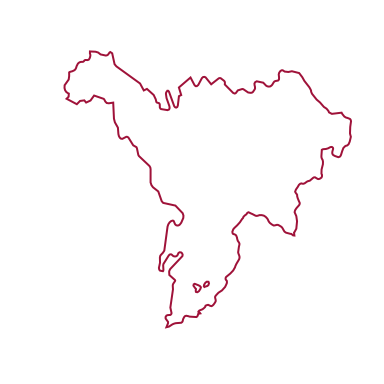 outline of Zaragoza, rotated 191°
{"feature_id": "ESP-5853", "entity_name": "Zaragoza", "entity_type": "Autonomous Community", "adm_level": 1, "iso_a3": "ESP", "parent_name": "Spain", "parent_adm1": "", "projection": "mercator", "projection_center": [-1.121, 41.843], "detail": "fine", "context": "isolated", "style": "outline", "palette": "rose", "viewbox_px": 384, "rotation_deg": 191, "n_neighbors": 0, "source": "natural_earth", "source_scale": "10m", "svg_char_len": 5985}
<svg xmlns="http://www.w3.org/2000/svg" viewBox="0 0 384 384"><g transform="rotate(191 192 192)"><path d="M171.8,69.4L174.1,69.4L175.3,68.7L175.8,67.8L176.4,65.8L176.5,64.7L176.5,63.6L176.8,62.5L177.6,61.6L183.0,60.1L184.4,59.4L185.9,58.4L188.9,55.5L191.3,54.4L190.5,58.6L190.7,59.9L193.7,62.7L194.1,64.2L193.5,65.8L192.4,66.5L189.8,67.2L189.3,67.8L189.0,68.5L189.0,69.3L191.2,74.4L192.1,92.8L193.0,96.3L193.1,97.3L192.9,98.4L191.7,101.2L191.6,101.8L192.0,102.4L198.4,106.2L199.2,109.3L199.2,110.4L198.7,112.2L189.2,127.2L189.2,128.6L190.0,129.9L191.2,130.6L192.6,130.5L193.6,129.6L194.3,126.9L195.1,126.0L196.2,125.5L197.3,125.4L198.3,125.6L199.9,126.6L200.6,126.8L201.6,126.6L202.2,126.0L202.7,125.3L206.3,115.9L206.3,114.5L205.2,110.1L205.2,109.1L205.4,108.7L208.3,108.7L208.8,109.0L209.4,109.7L210.0,111.2L209.9,116.5L211.0,121.5L211.0,123.2L210.6,124.2L208.9,126.9L208.0,129.2L209.4,153.4L209.1,155.7L208.2,157.9L206.9,159.5L205.3,160.3L204.4,160.0L202.6,157.3L201.9,156.7L201.0,156.3L200.0,156.3L199.2,156.5L198.4,157.0L197.7,157.8L196.7,159.8L195.6,164.8L195.9,167.2L197.1,169.4L205.7,175.5L218.2,175.8L220.0,177.2L225.2,186.1L231.2,189.2L233.1,191.0L234.5,193.5L237.0,206.5L237.6,208.1L238.7,209.4L251.0,217.2L251.8,218.2L254.4,224.4L255.1,225.4L258.6,226.6L264.9,233.4L266.3,233.8L267.1,233.6L270.5,230.9L271.9,230.8L273.2,231.5L274.4,232.9L275.3,234.8L277.0,241.0L281.0,245.7L282.6,249.1L286.4,264.7L290.6,263.2L292.7,263.1L294.4,264.3L295.8,266.1L296.5,266.6L306.5,268.0L309.1,262.4L313.0,259.6L315.2,261.4L319.3,260.0L321.8,256.2L332.9,259.6L331.3,262.0L331.7,265.1L332.6,265.3L334.5,266.2L336.0,267.7L337.0,269.8L337.4,272.5L334.5,278.9L334.7,282.4L335.4,285.9L335.2,286.3L334.0,287.0L332.7,287.6L331.0,288.8L330.1,289.8L329.6,291.0L329.4,292.1L329.3,293.4L328.5,296.2L327.8,297.2L326.9,298.0L325.9,298.5L323.8,299.0L323.1,299.7L322.7,300.6L322.0,301.2L321.0,301.4L319.9,301.5L318.7,302.1L318.2,303.1L317.9,304.2L317.8,305.4L317.8,306.5L318.1,307.6L318.6,308.4L319.0,310.5L313.4,311.3L310.7,311.0L308.0,309.6L302.6,309.5L301.5,310.0L301.0,310.4L300.6,310.9L299.5,313.3L298.9,313.8L296.8,312.9L292.4,302.7L290.2,300.9L263.7,288.6L258.7,282.5L255.9,284.6L248.1,279.9L245.3,276.1L244.2,273.6L243.5,273.1L241.3,272.9L240.7,272.4L240.3,271.6L239.7,268.8L239.0,267.9L238.2,267.5L231.6,267.7L230.2,268.7L230.0,270.2L230.6,272.0L234.9,279.3L236.3,283.3L236.4,284.2L236.2,285.2L235.5,286.7L234.6,286.8L233.7,286.0L225.8,272.8L224.8,272.0L223.7,271.8L222.7,272.6L222.4,274.2L223.1,283.6L221.1,285.1L224.8,292.1L215.3,304.1L210.0,297.5L208.7,296.6L207.5,296.8L206.3,298.2L204.0,305.7L203.0,307.0L201.6,307.4L200.5,307.1L193.7,301.4L187.4,308.7L186.6,309.1L185.6,309.2L181.6,307.2L180.9,306.5L180.5,305.4L180.3,303.8L170.5,297.1L168.9,296.8L168.3,297.1L167.8,297.6L166.4,300.5L162.3,302.7L161.2,302.7L155.9,300.4L153.5,300.5L152.2,300.9L151.3,301.8L150.0,304.8L149.9,305.9L150.3,307.4L151.0,308.9L151.4,310.4L150.9,311.9L149.6,313.0L142.9,312.9L139.5,310.5L138.2,310.1L136.9,310.1L135.5,310.5L134.4,311.5L133.7,312.6L132.8,315.1L132.2,316.2L131.4,316.8L128.8,317.8L128.1,319.0L128.3,320.7L129.3,324.0L129.2,325.6L128.5,327.3L127.4,328.5L126.2,328.8L124.0,327.9L120.3,328.2L117.0,329.6L109.5,329.2L105.6,325.7L102.9,322.5L96.8,317.2L95.2,315.3L94.5,314.3L94.2,313.2L93.6,312.3L92.9,311.3L87.3,306.5L83.4,304.3L78.8,300.7L75.9,299.5L74.5,298.4L73.4,297.4L72.7,296.3L69.6,295.4L60.3,298.4L59.3,297.2L56.8,295.1L54.8,294.4L53.7,294.4L51.6,294.0L50.6,293.7L49.9,292.9L49.4,291.8L49.1,286.1L48.2,280.4L48.0,279.4L46.6,276.5L46.8,271.5L47.4,268.8L48.2,267.7L48.8,267.1L49.6,266.8L50.4,266.2L51.8,264.1L52.4,260.6L52.8,256.9L53.1,255.8L53.7,254.8L55.0,254.1L58.5,254.6L60.4,255.2L61.2,255.9L61.7,256.8L61.9,257.9L61.9,259.0L61.7,261.3L62.1,262.3L62.9,262.8L63.9,262.8L64.8,262.4L66.8,260.8L68.7,259.8L70.9,259.2L71.9,258.8L72.6,258.2L71.8,251.8L71.4,250.4L70.7,249.3L69.9,248.4L69.2,246.7L68.8,244.2L69.1,238.8L68.4,234.6L67.8,233.9L67.5,232.9L67.4,231.9L67.7,230.8L69.2,229.3L70.4,228.8L71.1,228.8L74.1,229.9L75.1,229.6L75.8,229.0L78.5,225.6L80.7,224.5L81.7,223.5L83.0,222.1L84.1,221.4L85.3,221.2L86.3,221.3L87.4,220.7L88.4,219.4L89.3,216.8L90.0,215.3L90.5,214.0L90.8,211.9L89.6,210.5L88.9,210.0L88.2,209.1L88.0,208.0L87.0,206.0L85.1,203.1L84.3,202.1L84.0,201.0L84.3,199.6L85.6,197.4L86.2,196.4L86.7,195.3L87.2,194.1L87.4,192.8L87.4,191.7L85.0,188.2L83.3,183.3L82.6,175.9L83.7,172.3L84.1,171.7L83.2,168.8L84.5,168.7L86.5,169.8L87.5,169.7L91.9,170.0L92.9,170.4L93.8,170.9L94.6,171.8L96.1,173.6L96.9,174.4L97.9,175.0L100.1,175.8L101.2,176.1L102.3,176.0L104.4,175.0L105.5,174.7L107.5,175.4L109.5,176.4L110.4,177.1L111.2,177.9L112.4,179.6L113.2,180.4L115.0,181.7L117.0,182.5L119.2,182.6L121.3,182.2L123.0,181.2L124.4,180.8L125.3,180.9L128.6,181.9L129.7,182.1L132.6,182.9L133.1,182.6L133.8,181.9L134.4,180.4L135.5,179.3L136.7,177.6L137.0,176.1L137.7,175.0L139.2,171.4L141.3,167.9L143.6,164.7L144.4,163.2L144.8,160.6L144.3,159.3L143.5,158.6L142.4,158.6L141.3,158.3L140.4,157.8L139.1,155.8L138.8,154.8L137.8,152.9L136.2,151.3L135.6,150.4L135.4,149.4L135.5,147.2L135.2,141.6L134.7,140.5L133.5,138.6L133.0,137.5L132.8,136.4L132.9,135.0L134.7,129.9L135.3,127.5L135.4,126.3L136.6,122.8L138.9,119.2L142.3,115.1L142.6,113.9L142.4,112.9L141.8,112.1L141.0,111.6L140.6,110.6L140.4,109.4L140.7,107.8L141.4,105.1L143.8,101.1L146.8,98.2L148.5,95.5L149.3,93.9L149.2,92.8L148.1,90.4L147.9,89.4L148.2,88.2L148.7,87.0L149.4,85.5L150.2,84.4L151.0,83.7L152.3,83.7L154.4,84.3L155.3,84.1L157.0,83.0L157.2,81.6L158.1,80.3L159.3,78.9L162.1,77.1L162.7,76.2L162.9,75.6L161.1,74.8L160.7,74.4L162.6,73.6L162.8,71.9L163.1,70.9L163.8,70.1L170.7,69.2L171.8,69.4ZM171.8,102.4L172.7,101.7L172.7,100.3L170.6,98.3L169.6,97.6L169.5,95.8L169.1,94.7L168.3,94.6L167.5,94.7L166.2,96.1L165.2,98.7L165.1,100.2L166.3,101.2L168.0,101.7L171.8,102.4ZM158.7,107.0L160.3,106.8L161.5,105.6L162.4,103.4L162.4,101.7L161.7,101.1L160.7,101.8L159.1,102.6L158.2,103.6L157.9,105.6L158.7,107.0Z" fill="none" stroke="#9f1239" stroke-width="2"/></g></svg>